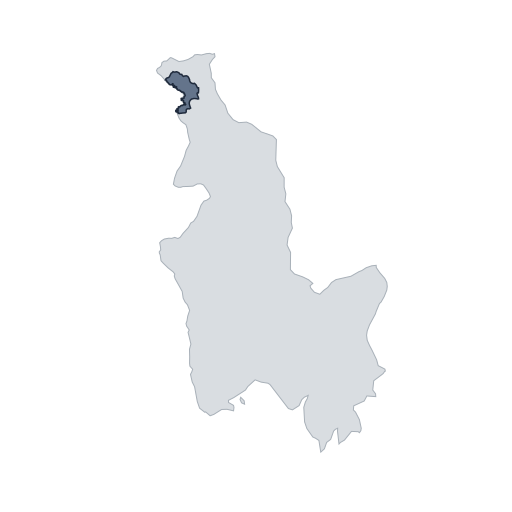 Hoeryong City, Hamgyŏng-bukto, North Korea shown in context, rotated 296°
{"feature_id": "82179303B62276356715792", "entity_name": "Hoeryong City", "entity_type": "district", "adm_level": 2, "iso_a3": "PRK", "parent_name": "North Korea", "parent_adm1": "Hamgyŏng-bukto", "projection": "natural_earth1", "projection_center": [129.627, 42.513], "detail": "fine", "context": "in_parent", "style": "filled", "palette": "slate", "viewbox_px": 512, "rotation_deg": 296, "n_neighbors": 0, "source": "geoboundaries", "source_scale": "gbopen_adm2", "svg_char_len": 7757}
<svg xmlns="http://www.w3.org/2000/svg" viewBox="0 0 512 512"><g transform="rotate(296 256 256)"><path d="M300.3,368.1L298.4,369.1L295.3,374.5L292.3,381.5L289.5,385.2L286.2,387.3L282.7,388.5L275.7,389.0L269.4,388.6L267.4,387.8L258.8,388.3L256.3,388.7L243.9,388.2L237.4,388.8L233.3,390.1L229.0,392.9L225.4,397.2L222.1,401.7L215.6,409.9L211.0,413.9L210.9,419.7L210.8,421.5L209.2,422.7L208.6,422.2L206.0,421.8L195.5,416.5L186.7,419.7L184.5,423.9L182.1,425.3L178.8,417.0L173.1,416.8L164.2,409.5L160.3,411.0L159.3,413.9L154.3,420.6L147.3,426.1L145.0,426.8L142.5,426.4L142.9,424.9L140.2,418.7L129.3,416.2L125.4,413.6L123.4,413.0L134.2,406.1L137.0,404.9L135.0,403.3L132.7,402.5L123.9,403.5L119.4,401.2L112.7,402.0L108.1,400.2L117.8,393.4L118.3,389.4L118.2,386.4L123.2,377.4L128.2,372.4L140.9,365.3L146.4,364.4L150.3,364.6L153.6,364.0L150.2,361.3L146.9,360.1L140.4,360.3L133.7,356.2L133.1,352.0L146.6,324.9L146.9,322.5L144.9,315.9L144.3,309.5L135.0,305.8L130.9,305.3L119.0,298.1L114.2,294.5L112.3,295.5L111.9,301.3L110.2,302.6L107.0,303.7L105.5,297.1L103.0,292.4L95.1,287.5L92.3,284.8L93.8,279.0L93.1,278.5L94.5,272.0L99.5,267.0L111.6,258.1L114.8,253.9L120.9,249.0L123.6,249.1L126.5,248.7L127.3,246.6L128.0,244.9L130.5,243.3L136.3,240.6L143.0,237.1L148.3,236.1L154.9,230.7L157.6,228.4L160.2,228.4L160.9,227.3L162.5,224.5L164.6,222.7L167.4,222.4L172.1,221.0L178.0,220.2L182.1,215.8L183.5,212.5L186.2,209.0L191.8,205.2L195.8,199.5L200.1,193.3L202.2,191.3L204.2,190.9L205.4,188.6L206.8,182.1L208.9,175.7L210.1,172.7L215.0,169.4L216.3,167.8L217.4,167.2L219.7,167.7L222.8,165.8L225.7,163.6L228.3,164.4L231.0,166.1L233.7,169.7L234.9,172.5L237.1,174.8L237.5,178.2L239.7,179.7L244.4,180.5L252.1,182.8L257.0,182.9L259.8,184.7L265.8,185.6L277.6,184.3L282.5,185.1L284.5,187.2L287.5,188.9L289.5,189.0L292.1,186.1L294.9,181.3L296.8,177.7L296.7,174.8L295.1,171.7L291.2,168.8L288.7,164.4L286.3,159.8L284.8,158.3L283.7,156.0L283.5,152.6L284.3,150.3L290.2,148.7L297.8,147.8L303.9,148.8L314.2,148.1L320.4,146.9L325.1,147.1L329.4,147.0L331.3,145.1L337.3,140.3L340.1,138.6L343.3,135.4L343.8,132.0L344.5,129.3L346.2,126.4L349.4,122.8L352.0,121.2L355.0,121.4L358.1,123.0L360.1,124.7L362.4,124.2L364.2,121.4L365.5,120.8L369.0,120.6L370.1,118.9L371.5,110.6L372.9,104.0L373.2,99.4L376.4,91.9L377.3,87.3L379.2,85.2L381.4,85.3L383.3,86.7L385.6,87.5L388.6,86.7L390.8,87.9L392.2,90.3L396.7,92.0L397.1,93.3L397.0,101.5L399.6,105.3L402.9,108.8L407.5,112.0L409.9,112.7L411.4,115.0L412.8,118.9L416.1,122.7L417.8,125.5L418.2,128.4L419.7,130.0L417.1,131.8L413.6,130.7L407.9,130.0L400.6,135.7L396.6,137.7L393.7,143.2L388.0,146.5L384.9,150.1L380.8,156.2L378.2,162.0L372.0,168.1L368.5,175.6L368.3,182.1L372.2,188.8L372.5,194.4L369.8,206.1L371.3,218.5L369.6,223.3L350.7,231.8L345.7,236.0L338.7,247.0L330.2,251.1L324.9,255.6L317.6,258.2L312.9,266.0L307.7,270.4L301.6,273.0L297.0,276.5L286.8,276.7L279.5,279.1L274.4,285.5L258.8,292.9L256.7,298.5L257.7,307.1L257.7,313.7L256.3,319.1L252.9,317.6L251.1,319.4L249.0,324.4L249.6,330.1L254.9,332.0L259.2,334.3L265.3,335.5L269.8,338.2L279.4,350.2L287.2,355.5L289.3,357.5L293.8,360.2L297.9,364.3L300.3,368.1ZM120.7,308.8L117.8,310.7L117.7,307.4L120.0,304.6L122.3,304.2L120.7,308.8Z" fill="#d9dde1" stroke="#a8b0b8" stroke-width="1"/><path d="M382.4,128.5L383.4,127.3L383.9,126.1L384.2,124.8L383.4,124.1L383.1,122.0L383.6,120.5L384.6,119.4L385.5,118.9L386.0,118.2L386.5,117.7L387.2,116.6L387.5,115.9L387.5,114.7L387.3,114.2L386.5,113.0L386.2,112.5L385.7,112.3L385.7,111.6L385.9,110.7L386.7,109.7L386.1,108.1L386.2,107.6L386.4,107.2L386.9,106.5L386.9,104.8L386.8,103.9L385.8,102.5L385.5,102.0L385.3,101.3L385.3,100.6L384.1,100.3L383.0,99.6L379.0,99.6L378.3,99.2L377.8,98.9L377.2,98.2L376.5,97.6L375.2,97.3L374.6,97.4L374.7,97.6L374.7,97.8L374.6,98.0L374.7,98.4L374.7,98.5L374.3,98.9L374.0,99.0L374.0,99.3L373.9,99.5L373.7,99.6L373.5,99.8L373.4,100.1L373.4,100.4L373.4,100.7L373.4,100.8L373.2,101.0L372.9,101.3L373.0,101.5L372.9,101.9L372.8,102.1L372.7,102.2L372.7,102.3L372.6,102.5L372.3,102.6L372.2,102.7L372.2,102.8L372.3,103.2L372.3,103.3L372.2,103.6L372.2,103.8L372.4,104.1L372.5,104.3L372.7,104.7L372.9,104.9L373.2,105.2L373.4,105.2L373.7,105.3L373.8,105.4L374.3,105.5L374.4,105.8L374.2,106.1L373.9,106.1L373.7,105.9L373.5,105.7L373.4,105.7L373.2,105.8L373.0,106.1L372.9,106.2L372.9,106.3L373.1,106.5L373.1,106.8L372.9,107.1L372.9,107.3L373.0,107.5L373.4,107.6L373.5,107.8L373.4,108.1L373.1,108.1L372.8,108.0L372.7,107.9L372.7,107.7L372.5,107.4L372.4,107.3L372.2,107.3L371.9,107.4L371.7,107.6L371.5,107.8L371.6,108.0L371.8,108.2L371.9,108.3L372.2,108.3L372.3,108.3L372.5,108.6L372.5,108.8L372.3,108.8L372.2,108.9L372.1,109.0L371.8,109.3L371.8,109.5L371.9,109.8L372.0,109.9L372.4,109.8L372.8,109.8L373.2,109.9L373.2,110.0L373.2,110.3L373.2,110.5L372.9,110.6L372.6,110.6L372.3,110.7L372.2,110.7L372.1,110.8L371.9,111.0L371.9,111.3L371.8,111.6L371.8,111.8L371.7,112.0L371.3,112.0L371.2,112.0L371.1,112.3L371.0,112.6L371.0,113.0L371.0,113.5L371.1,113.8L371.3,114.0L371.4,114.3L371.5,114.5L371.5,114.9L371.4,115.1L371.4,115.5L371.1,115.8L371.0,116.1L371.2,116.5L371.0,116.9L370.9,117.1L370.8,117.3L370.8,117.6L371.1,117.7L371.1,117.8L371.2,118.1L371.1,118.3L371.2,118.5L371.4,119.1L371.4,119.3L371.3,119.5L371.0,119.5L370.9,119.6L370.7,119.8L370.8,119.9L370.8,120.0L370.7,120.1L370.6,120.3L370.4,120.4L370.4,120.5L370.4,120.8L370.3,121.0L370.1,121.1L369.8,121.3L369.7,121.4L369.6,121.5L369.4,121.8L369.2,122.0L368.4,121.8L368.2,121.9L367.9,121.6L367.7,121.5L367.3,121.6L367.2,121.7L367.1,121.8L366.9,121.9L366.6,122.0L366.4,122.1L366.2,122.0L366.2,121.7L365.8,121.2L365.6,120.9L365.3,120.6L365.2,120.3L365.2,120.1L365.0,119.8L364.9,119.7L364.6,119.7L364.4,119.8L364.3,120.1L364.0,120.3L363.8,120.4L363.5,120.4L363.4,120.4L363.3,120.6L363.2,120.7L363.2,120.8L363.3,120.8L363.6,121.0L363.9,121.0L364.0,120.9L364.3,120.9L364.4,121.0L364.4,121.3L364.3,121.5L364.1,121.7L363.9,121.9L363.9,122.0L363.8,122.4L363.9,122.6L363.8,122.8L363.7,123.0L363.4,123.1L363.2,122.9L362.9,122.8L362.7,122.9L362.5,123.4L362.4,123.5L362.2,123.7L362.1,123.9L362.0,124.1L361.9,124.4L361.8,124.5L362.0,124.7L362.4,124.6L362.5,124.6L362.6,124.8L362.4,125.0L362.0,125.2L361.7,125.1L361.5,125.3L361.4,125.4L361.6,125.7L361.6,125.8L361.6,126.0L361.4,126.2L361.4,126.3L361.2,126.3L361.1,126.2L361.3,126.0L361.3,125.9L361.2,125.7L361.0,125.8L360.8,126.1L360.7,126.1L360.6,125.8L360.5,125.2L360.3,124.9L360.1,124.5L360.1,124.3L359.8,124.2L359.5,124.1L359.4,124.1L359.2,124.1L358.9,123.8L358.8,123.7L358.7,123.4L358.7,123.2L358.7,122.9L358.2,122.7L357.9,122.5L357.8,122.4L357.5,122.4L357.3,122.3L357.0,122.3L356.9,122.3L356.8,122.2L356.7,122.0L356.5,121.6L356.4,121.3L356.3,121.1L356.1,121.0L355.9,120.9L355.7,121.0L355.5,121.4L355.4,121.5L355.2,121.6L354.6,121.4L354.4,121.1L354.1,120.8L353.9,120.5L353.7,120.4L353.4,120.5L353.2,120.6L353.1,120.9L353.1,121.2L353.2,121.4L353.2,121.6L353.3,121.7L353.2,121.8L353.2,122.0L352.9,122.2L352.2,122.0L351.9,122.1L351.7,122.0L351.6,121.8L351.5,121.7L351.8,121.4L352.1,120.9L352.2,120.6L352.1,120.3L351.9,120.1L351.7,120.1L351.3,120.2L350.9,120.4L350.6,120.8L350.5,121.1L350.5,121.3L350.8,121.6L351.1,121.8L351.4,122.0L351.5,122.2L351.5,122.3L351.5,122.5L351.4,122.6L351.0,122.5L350.8,122.5L350.8,122.8L350.7,122.9L351.2,123.0L351.1,123.3L350.8,123.3L350.7,123.2L350.2,124.0L350.3,124.5L351.2,125.6L351.6,126.3L352.3,127.3L353.0,128.5L353.8,129.8L354.8,130.1L355.6,129.8L356.6,129.2L358.0,129.6L358.6,130.3L358.9,131.5L360.3,132.4L361.6,131.0L362.8,129.9L364.0,129.0L365.8,128.5L367.2,128.7L368.7,129.2L369.6,130.3L370.3,131.1L370.8,132.2L371.4,133.9L371.6,135.0L372.1,135.5L373.4,134.6L374.3,133.4L376.1,131.8L377.0,131.8L377.4,132.7L378.8,132.2L380.8,131.3L382.0,130.6L381.5,129.7L382.4,128.5Z" fill="#64748b" stroke="#1e293b" stroke-width="1.5"/></g></svg>